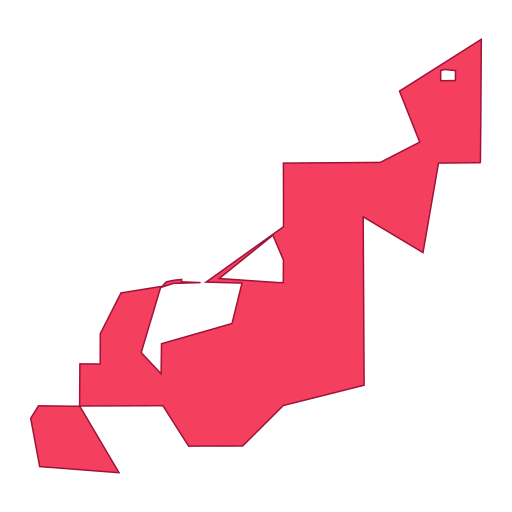 the district of Broomfield, Colorado, United States of America
{"feature_id": "52423323B97588721690601", "entity_name": "Broomfield", "entity_type": "district", "adm_level": 2, "iso_a3": "USA", "parent_name": "United States of America", "parent_adm1": "Colorado", "projection": "albers", "projection_center": [-105.062, 39.967], "detail": "fine", "context": "isolated", "style": "filled", "palette": "rose", "viewbox_px": 512, "rotation_deg": 0, "n_neighbors": 0, "source": "geoboundaries", "source_scale": "gbopen_adm2", "svg_char_len": 817}
<svg xmlns="http://www.w3.org/2000/svg" viewBox="0 0 512 512"><path d="M480.7,162.7L480.4,162.6L480.8,121.5L481.3,39.3L399.5,91.1L419.7,142.1L380.3,162.4L283.4,163.1L283.5,202.1L283.5,226.7L206.1,282.1L242.0,283.1L232.0,323.5L161.5,343.7L161.1,373.8L141.2,352.6L160.9,286.5L121.0,292.9L100.3,333.7L100.2,364.0L79.9,363.9L79.6,406.3L38.5,405.8L30.7,418.3L39.7,466.6L119.0,472.7L79.7,406.0L162.9,405.7L188.6,446.1L242.6,446.0L283.3,405.5L364.1,385.2L363.2,216.8L423.0,252.6L438.5,163.1L480.7,162.7ZM272.9,235.2L283.4,259.9L283.3,282.6L278.2,282.6L219.2,278.5L272.9,235.2ZM440.7,80.7L440.7,70.6L444.7,69.5L455.5,70.6L455.4,80.6L440.7,80.7ZM161.7,287.2L173.4,283.4L200.6,282.6L181.6,281.8L181.6,279.4L180.7,279.6L174.8,280.1L166.9,281.7L165.6,282.4L161.7,287.2Z" fill="#f43f5e" stroke="#9f1239" stroke-width="1.5"/></svg>